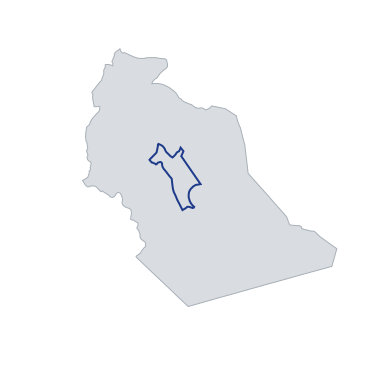 location of Batha Ouest, Batha, Chad, rotated 134°
{"feature_id": "50815135B78939282341988", "entity_name": "Batha Ouest", "entity_type": "district", "adm_level": 2, "iso_a3": "TCD", "parent_name": "Chad", "parent_adm1": "Batha", "projection": "natural_earth1", "projection_center": [18.7, 14.28], "detail": "fine", "context": "in_parent", "style": "outline", "palette": "blue", "viewbox_px": 384, "rotation_deg": 134, "n_neighbors": 0, "source": "geoboundaries", "source_scale": "gbopen_adm2", "svg_char_len": 4674}
<svg xmlns="http://www.w3.org/2000/svg" viewBox="0 0 384 384"><g transform="rotate(134 192 192)"><path d="M277.0,115.2L277.1,123.7L277.2,132.3L277.2,140.8L277.3,149.3L277.4,157.8L277.5,166.3L277.5,174.8L277.6,183.3L277.6,186.1L277.4,187.2L277.3,187.4L277.0,187.6L273.1,186.8L271.4,186.8L269.1,187.4L265.6,187.7L263.4,187.6L261.8,189.1L260.6,190.8L261.2,195.1L261.1,196.5L260.6,197.9L259.5,199.2L258.5,200.1L257.9,201.0L257.1,202.9L256.5,203.8L256.6,205.0L256.4,206.3L255.8,206.9L254.1,207.4L253.1,208.0L252.3,208.9L251.7,209.6L252.0,210.4L252.4,211.6L252.7,213.5L252.8,214.6L253.6,215.5L254.1,216.2L254.3,217.0L253.8,217.6L251.9,219.0L251.1,219.5L250.2,220.2L249.8,220.5L248.4,221.7L247.6,222.9L247.3,223.9L247.3,225.2L248.1,227.2L248.9,228.8L249.2,230.1L249.4,231.5L249.3,232.8L248.9,234.0L248.2,235.0L245.4,236.9L244.1,239.1L243.0,241.7L242.8,243.1L243.1,244.0L243.6,244.8L244.5,245.2L245.6,245.3L247.6,244.9L249.4,244.6L251.4,245.6L252.4,247.7L252.0,249.3L252.7,252.2L253.4,255.7L253.4,256.8L253.7,257.3L254.9,257.5L255.1,258.3L254.8,264.4L255.3,266.1L256.2,267.3L257.1,268.0L258.0,268.8L258.5,269.4L259.6,269.5L260.8,270.6L261.1,272.1L261.0,273.5L260.3,276.6L259.8,278.7L259.1,278.6L257.7,278.0L255.9,277.6L253.8,277.2L251.8,278.1L249.6,279.2L248.9,280.0L248.3,280.5L247.3,280.4L246.4,280.5L246.0,281.3L245.2,282.2L242.0,284.0L241.3,284.6L241.0,285.3L241.0,286.0L241.3,287.4L241.3,289.2L240.6,290.7L239.8,291.7L238.8,292.0L238.1,292.2L237.5,292.9L235.9,296.2L235.2,296.8L233.7,296.7L229.6,301.7L229.2,303.1L227.7,305.2L225.7,307.5L224.0,308.6L223.9,309.0L223.4,309.5L222.4,310.0L218.7,312.8L214.3,312.7L212.3,313.8L210.4,314.3L207.7,314.8L206.8,314.8L203.3,315.0L199.1,314.9L197.5,315.3L196.0,316.4L194.9,317.3L194.7,317.6L194.9,318.0L194.9,318.3L197.8,320.6L198.5,321.8L197.8,322.9L197.4,323.0L196.9,323.9L195.2,326.5L192.6,329.6L191.3,330.5L190.7,331.0L190.1,333.1L189.6,333.4L187.8,333.6L184.3,333.9L179.4,334.5L176.4,334.7L174.6,334.6L172.1,336.0L171.1,336.3L170.6,336.4L168.0,337.8L165.9,339.9L165.2,340.3L162.2,341.2L161.0,342.7L160.5,342.8L158.5,340.9L157.3,339.1L156.6,337.4L156.5,336.8L156.2,336.9L155.1,337.7L154.2,338.6L153.8,340.3L150.7,341.4L148.1,342.4L146.9,343.6L145.1,344.2L142.7,344.0L140.9,343.5L139.1,343.3L139.9,341.8L140.3,340.6L140.4,339.2L140.2,338.3L139.2,337.8L138.5,337.1L137.0,332.6L135.4,328.1L133.2,323.6L130.7,320.8L129.0,319.0L128.4,318.8L127.5,318.3L126.9,317.8L123.7,314.7L120.4,311.3L119.5,309.8L117.9,307.5L116.0,305.1L115.0,304.0L114.6,302.1L115.9,300.3L117.3,298.1L119.0,296.6L121.2,296.5L124.8,297.1L128.7,297.3L132.5,296.8L133.5,296.5L134.5,296.5L136.6,297.1L140.2,297.0L142.0,296.0L140.0,294.5L137.9,292.1L135.9,289.4L134.6,287.0L133.5,283.9L132.5,280.0L131.9,275.0L132.0,272.2L132.3,270.2L133.4,266.9L132.7,264.9L132.9,263.4L132.8,261.1L132.4,259.9L131.0,256.1L130.8,255.7L129.5,253.0L129.0,248.6L127.6,245.7L125.4,244.2L124.1,242.5L123.6,239.5L122.8,238.7L119.2,237.6L116.3,237.6L114.2,234.2L111.4,229.8L108.9,225.7L107.3,217.5L106.4,212.8L107.5,211.4L109.6,208.0L112.3,201.6L118.4,191.8L121.5,186.7L127.7,179.1L135.3,169.8L139.6,164.6L140.3,155.1L141.1,145.0L141.6,137.4L142.4,128.3L143.0,120.8L143.4,115.3L144.0,107.4L144.5,105.9L147.5,99.8L147.7,99.0L147.2,98.0L143.0,92.8L141.7,91.6L141.0,88.9L142.1,87.4L137.1,78.7L135.8,77.6L135.3,76.5L135.2,74.9L135.2,68.9L133.9,59.4L132.2,48.4L138.2,45.2L142.6,42.8L148.4,39.8L153.7,42.9L161.3,47.4L169.0,52.0L176.6,56.5L184.3,61.0L192.0,65.5L199.7,70.0L207.4,74.6L215.1,79.1L222.8,83.6L230.5,88.1L238.3,92.6L246.0,97.2L253.7,101.7L261.5,106.2L269.3,110.7L277.0,115.2Z" fill="#d9dde1" stroke="#a8b0b8" stroke-width="1"/><path d="M211.6,186.3L208.1,185.3L205.9,185.1L204.7,183.8L203.1,180.5L202.2,179.9L201.6,180.0L201.2,180.1L201.2,181.2L201.3,181.8L201.2,182.4L201.1,183.5L200.8,185.2L200.1,187.3L199.9,187.6L198.2,190.6L197.7,191.1L196.5,192.3L195.5,193.1L193.9,194.2L191.1,195.0L187.3,195.0L184.3,194.2L180.4,191.3L173.7,224.6L168.6,226.5L168.0,231.0L170.2,230.1L171.5,229.6L172.8,230.0L174.1,230.4L176.5,229.9L179.9,229.9L180.7,230.0L181.0,231.5L181.2,232.8L181.1,235.0L181.1,236.3L181.2,237.8L180.7,239.9L179.9,241.6L179.5,243.5L179.4,245.4L179.9,247.2L180.3,248.4L180.7,249.5L181.5,249.5L182.0,248.9L185.8,246.4L188.1,245.0L188.6,244.9L196.6,245.0L198.4,244.9L198.7,242.1L198.7,241.4L198.2,240.8L198.0,239.9L197.7,239.2L197.3,238.3L197.2,237.1L196.7,236.8L196.0,236.8L195.1,236.9L194.4,236.8L193.2,236.1L192.4,235.7L192.0,234.5L192.2,233.4L192.9,232.8L194.2,231.0L195.0,228.6L195.2,226.3L195.6,223.4L195.8,222.2L196.3,218.8L196.5,215.9L199.4,212.4L202.8,208.2L204.6,205.2L206.1,201.2L207.9,197.1L209.3,192.9L211.6,186.3Z" fill="none" stroke="#1e3a8a" stroke-width="2"/></g></svg>